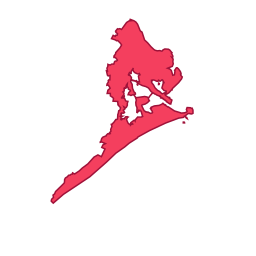 Tauranga City, Bay of Plenty, New Zealand (Natural Earth projection), rotated 115°
{"feature_id": "76426892B41625514987736", "entity_name": "Tauranga City", "entity_type": "district", "adm_level": 2, "iso_a3": "NZL", "parent_name": "New Zealand", "parent_adm1": "Bay of Plenty", "projection": "natural_earth1", "projection_center": [176.198, -37.698], "detail": "fine", "context": "isolated", "style": "filled", "palette": "rose", "viewbox_px": 256, "rotation_deg": 115, "n_neighbors": 0, "source": "geoboundaries", "source_scale": "gbopen_adm2", "svg_char_len": 5806}
<svg xmlns="http://www.w3.org/2000/svg" viewBox="0 0 256 256"><g transform="rotate(115 128 128)"><path d="M227.7,164.0L215.4,158.5L188.3,142.0L168.0,133.1L155.8,128.3L146.6,123.0L141.2,120.5L133.0,115.3L131.9,115.2L121.1,107.3L107.6,96.0L97.6,86.2L95.0,82.3L89.7,79.8L88.9,78.5L88.9,77.7L88.3,76.1L87.2,75.3L84.3,76.7L83.0,78.2L83.3,78.4L83.2,79.9L84.5,83.1L86.6,82.9L87.9,81.5L88.7,81.6L90.3,83.1L91.9,85.9L92.0,86.3L91.6,86.3L92.0,86.5L92.0,86.8L91.6,86.8L92.0,86.9L92.9,93.1L91.8,100.4L92.1,100.7L91.6,103.8L91.2,103.8L91.2,104.4L91.5,104.7L90.8,106.8L92.3,107.5L94.3,109.3L96.9,113.5L99.4,115.8L100.9,115.9L101.0,115.6L100.0,115.6L99.4,115.1L100.3,115.3L101.7,114.8L102.3,113.5L103.4,112.4L104.2,112.5L105.3,113.9L105.1,116.7L105.6,117.3L105.5,117.9L105.9,118.5L105.6,119.5L105.6,120.6L102.0,125.0L101.1,125.0L99.1,122.6L96.7,121.0L94.7,120.4L93.9,120.9L94.7,119.5L93.3,121.5L92.4,122.1L90.3,121.7L92.1,122.4L91.8,123.6L92.4,126.2L96.8,133.0L97.0,133.9L96.7,134.6L99.1,132.3L101.5,131.8L104.1,130.3L105.8,128.4L110.1,126.6L110.1,126.0L109.2,125.9L108.1,125.2L107.8,125.2L108.5,125.7L107.4,125.8L107.2,123.3L111.4,119.6L112.6,120.8L114.0,123.9L117.7,124.9L118.6,124.6L118.2,125.3L118.6,125.9L122.0,127.7L122.8,127.6L123.6,126.9L122.2,125.7L122.4,125.4L123.7,126.8L124.4,127.0L124.0,127.3L123.9,129.1L123.4,130.2L120.9,133.0L118.7,132.9L118.0,132.5L118.0,133.4L118.9,134.9L121.3,135.3L121.6,136.7L123.2,137.2L123.4,138.1L121.9,138.2L121.8,138.7L120.9,139.1L120.6,139.9L120.4,139.7L120.2,139.4L120.4,139.6L120.3,138.6L119.6,138.0L119.9,138.9L119.3,139.8L118.1,139.8L118.0,140.4L117.7,140.4L117.2,140.3L116.4,138.2L115.4,137.7L113.8,139.8L112.1,138.9L110.6,140.6L110.8,138.7L109.7,138.2L107.6,138.2L106.1,139.0L103.9,139.3L104.4,141.0L104.3,141.7L102.6,143.6L103.0,145.4L102.6,146.5L101.5,146.3L102.1,145.6L102.6,145.9L102.5,145.6L102.8,145.6L102.3,145.1L102.4,144.8L102.7,145.0L102.6,144.8L101.1,144.6L100.5,144.9L99.8,145.8L98.5,146.2L97.4,147.2L97.4,147.8L96.2,147.1L94.8,147.6L93.6,148.4L93.1,148.2L93.3,147.5L93.1,147.0L92.3,146.6L91.3,147.4L89.6,147.6L88.2,147.3L90.8,146.4L91.4,144.9L92.6,144.1L92.8,142.0L93.3,141.4L95.5,142.2L97.8,142.0L97.3,140.7L97.3,139.1L95.4,137.3L96.6,134.6L95.4,136.9L94.2,135.6L93.4,136.0L93.0,136.6L92.8,137.7L90.1,140.7L86.7,142.7L84.8,145.3L83.5,145.6L82.4,141.0L82.7,139.2L83.3,138.0L83.5,133.0L82.9,129.1L83.1,126.3L85.2,122.5L85.7,120.3L86.6,120.9L90.2,121.8L86.3,120.7L85.5,119.5L85.9,118.3L85.7,117.2L86.0,115.5L85.6,112.4L86.0,112.5L86.0,112.2L85.7,112.2L86.3,110.8L86.9,111.0L87.0,110.9L87.0,110.5L86.9,111.0L86.3,110.8L86.3,109.0L86.4,108.7L86.7,109.0L86.7,108.5L86.8,107.7L86.9,107.9L87.5,104.4L87.9,104.3L88.5,100.4L88.1,100.1L88.2,99.4L84.1,100.0L83.6,103.2L82.8,103.2L83.1,104.8L82.6,107.9L81.8,108.7L80.9,107.2L78.8,105.8L74.8,104.6L74.8,104.2L73.4,104.4L65.5,101.3L60.8,100.2L58.8,100.4L57.9,102.5L57.0,103.1L56.8,102.7L56.1,103.0L54.7,104.4L53.1,107.2L52.6,108.9L53.0,109.6L56.1,110.1L56.3,109.6L60.2,108.4L61.3,109.7L57.5,113.1L56.9,115.1L57.1,117.4L53.4,113.9L50.7,114.1L49.1,115.3L46.5,116.2L45.4,118.1L45.4,117.3L43.9,117.7L41.9,120.2L41.2,119.9L39.7,123.1L39.5,124.6L40.8,128.0L42.4,129.3L43.6,129.5L44.1,130.0L44.4,131.9L45.7,134.1L46.1,136.5L45.9,137.7L44.6,141.6L42.5,146.2L41.2,150.2L35.6,155.4L34.9,156.4L35.1,157.1L34.5,158.3L29.9,163.2L28.6,165.7L28.3,168.0L28.6,171.9L29.3,171.8L29.5,170.6L30.5,172.3L33.0,173.9L41.4,175.5L41.4,177.4L42.7,179.1L42.6,179.5L45.5,180.2L45.8,179.6L46.5,179.3L46.9,177.4L48.4,177.0L48.7,177.2L49.0,178.2L50.3,178.3L50.3,180.6L54.0,180.7L53.5,176.6L53.8,175.3L53.1,174.2L54.4,170.7L55.5,168.9L58.8,169.2L64.8,171.0L66.2,170.6L68.6,171.1L68.7,170.7L69.7,170.8L70.0,170.5L69.7,170.0L69.7,168.6L70.9,166.3L71.5,166.4L72.2,166.8L72.8,167.9L73.7,168.2L76.1,167.9L76.9,169.7L78.3,170.6L78.8,172.2L78.8,173.1L80.8,172.3L82.6,172.4L85.1,170.7L85.3,171.7L88.8,169.0L89.2,168.0L88.0,166.5L92.0,164.8L92.4,165.7L93.4,166.0L94.6,165.2L96.9,165.6L98.2,165.2L97.5,164.3L98.3,162.5L99.5,161.0L102.2,162.2L105.5,161.5L104.2,158.6L106.3,157.6L106.8,154.8L107.4,153.6L110.0,152.9L108.3,148.5L109.8,147.8L110.5,146.9L111.2,147.0L112.8,143.3L115.3,142.9L116.3,143.7L118.9,143.0L119.9,143.0L124.3,141.3L125.1,141.9L125.4,142.6L129.2,143.3L130.6,144.0L131.2,143.9L131.8,144.7L133.4,143.2L136.6,143.1L138.1,142.1L140.0,142.7L140.6,141.8L141.4,142.7L141.4,143.5L141.9,144.0L143.7,144.6L144.2,144.4L146.9,146.9L148.6,147.4L151.8,146.9L152.3,147.3L152.7,147.1L151.8,146.0L151.7,141.9L153.9,143.6L156.7,143.6L156.7,140.0L165.2,140.0L165.1,143.9L168.7,146.5L177.5,149.2L183.6,152.5L187.6,154.1L192.2,156.9L192.1,159.2L193.2,158.8L193.8,159.9L195.0,160.4L196.0,161.9L197.7,162.3L199.7,163.6L201.4,163.7L203.9,162.7L205.0,162.6L216.2,166.8L218.8,166.7L220.5,167.6L222.4,166.2L224.8,167.1L226.4,166.8L226.8,166.6L227.7,164.0ZM76.8,125.8L74.8,126.9L74.3,126.2L74.6,125.9L73.9,125.7L73.6,125.0L73.4,122.9L73.6,122.3L73.3,121.2L72.9,120.6L71.8,120.6L71.8,120.0L72.2,119.9L71.9,118.5L69.9,117.5L69.9,116.9L71.4,114.9L71.7,115.4L72.3,114.7L72.6,115.0L77.4,114.2L78.8,111.2L78.4,108.9L79.4,108.6L82.4,111.2L82.5,112.1L81.5,114.8L81.4,117.1L80.1,120.6L78.3,122.9L76.8,125.8ZM80.7,146.3L79.1,149.2L79.7,149.5L79.7,149.9L79.9,150.0L80.0,150.2L80.1,150.4L79.6,150.0L79.6,149.7L79.2,150.1L77.1,150.1L77.1,149.3L77.5,148.6L77.2,148.2L75.5,149.0L71.3,148.5L72.8,148.4L74.4,146.9L75.0,145.0L74.9,142.2L74.4,141.2L73.8,140.8L74.7,139.6L75.5,140.3L76.6,140.5L81.4,137.1L82.1,139.2L81.5,140.4L82.2,141.0L82.8,145.4L80.7,146.3ZM80.9,109.6L79.9,108.4L80.7,108.0L81.8,108.7L80.9,109.6ZM75.4,118.2L74.4,118.4L74.4,119.2L75.7,118.7L75.4,118.2ZM93.6,80.6L94.4,79.3L94.5,78.3L93.6,79.3L93.6,80.6ZM100.0,80.1L99.5,78.9L99.0,79.2L98.9,79.7L99.3,80.4L100.0,80.1ZM84.5,138.2L85.5,137.1L84.1,137.8L84.5,138.2Z" fill="#f43f5e" stroke="#9f1239" stroke-width="1.5"/></g></svg>